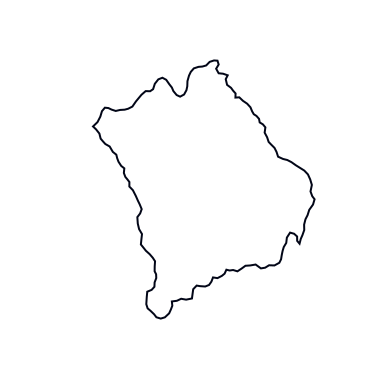 Joaçaba, Santa Catarina, Brazil, rotated 211°
{"feature_id": "56859067B91608506084294", "entity_name": "Joaçaba", "entity_type": "district", "adm_level": 2, "iso_a3": "BRA", "parent_name": "Brazil", "parent_adm1": "Santa Catarina", "projection": "orthographic", "projection_center": [-51.59, -27.141], "detail": "fine", "context": "isolated", "style": "outline", "palette": "ink", "viewbox_px": 384, "rotation_deg": 211, "n_neighbors": 0, "source": "geoboundaries", "source_scale": "gbopen_adm2", "svg_char_len": 2312}
<svg xmlns="http://www.w3.org/2000/svg" viewBox="0 0 384 384"><g transform="rotate(211 192 192)"><path d="M158.0,66.3L153.6,67.4L150.7,70.6L149.1,76.2L149.6,80.5L150.3,84.4L152.9,87.8L148.9,91.0L146.3,94.9L141.6,96.7L137.2,100.7L139.1,105.1L140.9,109.3L139.8,114.2L136.7,115.4L132.0,117.8L129.5,121.1L129.2,125.2L130.0,129.6L125.8,131.3L123.2,135.5L122.0,138.8L122.5,143.1L119.3,144.1L116.6,146.3L112.2,147.4L110.1,151.8L108.2,156.3L104.3,159.0L100.1,162.6L93.6,162.0L90.3,164.8L88.2,168.9L83.5,171.5L80.7,176.3L81.0,180.2L82.6,184.2L84.0,188.2L85.0,192.1L85.0,196.9L87.2,201.8L87.0,207.7L83.0,208.8L79.0,208.0L76.7,204.3L73.2,203.1L74.6,207.8L75.1,211.8L76.2,217.2L79.1,221.8L80.7,227.1L81.0,231.6L82.3,237.1L81.8,243.6L83.2,248.9L86.7,250.3L90.7,253.5L92.9,259.8L97.2,263.7L101.7,266.8L106.8,268.2L111.2,268.3L116.9,268.4L122.2,268.8L126.8,268.5L131.0,267.2L136.4,266.6L140.2,269.9L144.0,272.3L148.8,273.5L152.1,274.4L155.8,277.6L160.3,280.3L162.4,285.2L166.1,286.5L169.8,286.5L172.2,289.2L175.9,290.4L179.1,290.5L182.0,292.1L185.5,294.7L190.2,296.1L195.3,296.4L200.2,297.5L203.4,295.3L205.4,298.9L208.9,300.0L212.2,301.4L217.1,301.9L221.2,306.1L221.5,310.4L226.3,309.4L230.3,307.5L234.8,310.1L234.8,315.0L237.8,317.7L240.9,316.1L243.9,312.6L245.0,307.8L247.7,304.9L250.9,302.6L254.1,298.9L254.9,294.3L254.5,290.2L253.0,284.7L250.5,280.2L249.2,276.4L249.0,271.5L251.3,267.6L255.1,267.2L259.9,268.9L263.1,271.2L267.0,272.7L271.9,274.9L276.2,274.7L278.9,271.2L279.6,265.6L278.3,260.1L279.8,256.8L283.7,254.6L285.4,249.3L286.1,244.8L286.7,240.8L287.1,234.5L289.6,230.5L292.1,227.9L295.9,225.3L299.1,222.2L303.4,221.2L306.9,220.9L310.1,219.4L310.8,214.9L309.4,209.4L309.0,203.2L310.6,197.2L306.6,196.3L301.5,194.4L297.8,190.7L294.3,189.5L291.0,188.5L286.0,188.6L280.5,185.6L276.1,185.0L273.5,182.4L270.6,180.1L266.1,177.9L262.2,177.4L260.2,173.2L256.9,170.6L253.8,169.5L250.8,168.3L248.5,164.4L243.6,163.1L238.0,159.6L233.9,156.7L230.5,154.5L226.3,151.4L225.4,146.9L225.9,142.3L222.2,137.0L218.2,132.9L213.2,130.2L211.1,125.6L208.8,120.7L205.0,119.3L201.3,117.9L196.2,116.9L191.7,115.4L188.0,113.6L185.7,109.1L183.2,104.8L180.4,103.0L178.3,99.8L177.5,95.3L175.4,91.4L176.2,87.3L179.0,83.5L176.6,78.5L173.4,72.3L170.1,69.4L166.4,68.8L161.6,67.7L158.0,66.3Z" fill="none" stroke="#020617" stroke-width="2"/></g></svg>